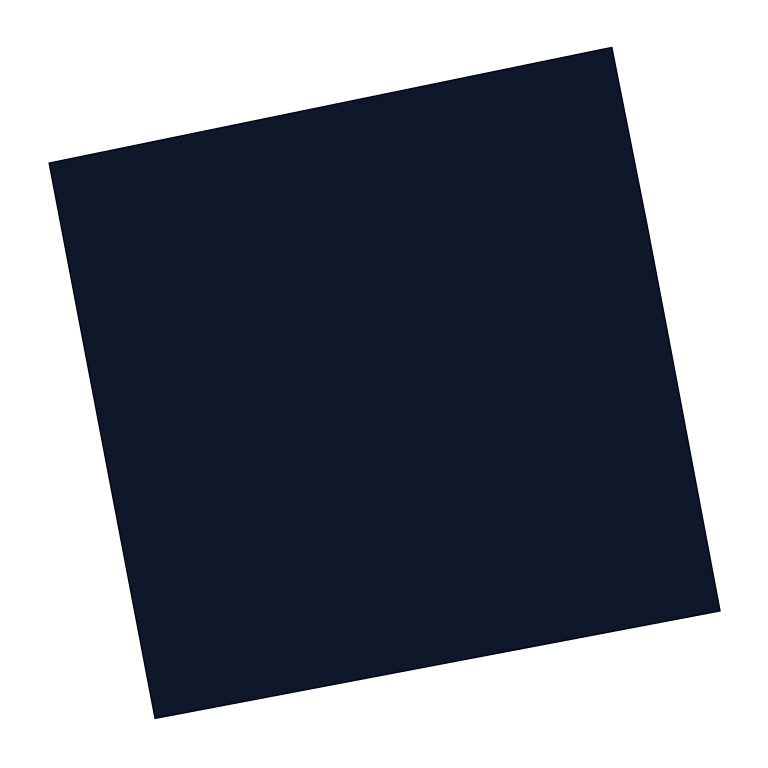 Clinton, Michigan, United States of America (Albers equal-area conic projection), rotated 259°
{"feature_id": "52423323B76154940734365", "entity_name": "Clinton", "entity_type": "district", "adm_level": 2, "iso_a3": "USA", "parent_name": "United States of America", "parent_adm1": "Michigan", "projection": "albers", "projection_center": [-84.531, 42.944], "detail": "fine", "context": "isolated", "style": "filled", "palette": "ink", "viewbox_px": 768, "rotation_deg": 259, "n_neighbors": 0, "source": "geoboundaries", "source_scale": "gbopen_adm2", "svg_char_len": 262}
<svg xmlns="http://www.w3.org/2000/svg" viewBox="0 0 768 768"><g transform="rotate(259 384 384)"><path d="M664.7,97.5L99.5,95.5L97.2,670.5L381.1,672.1L490.6,672.5L670.8,671.8L670.8,662.2L664.7,97.5Z" fill="#0f172a" stroke="#020617" stroke-width="1.5"/></g></svg>